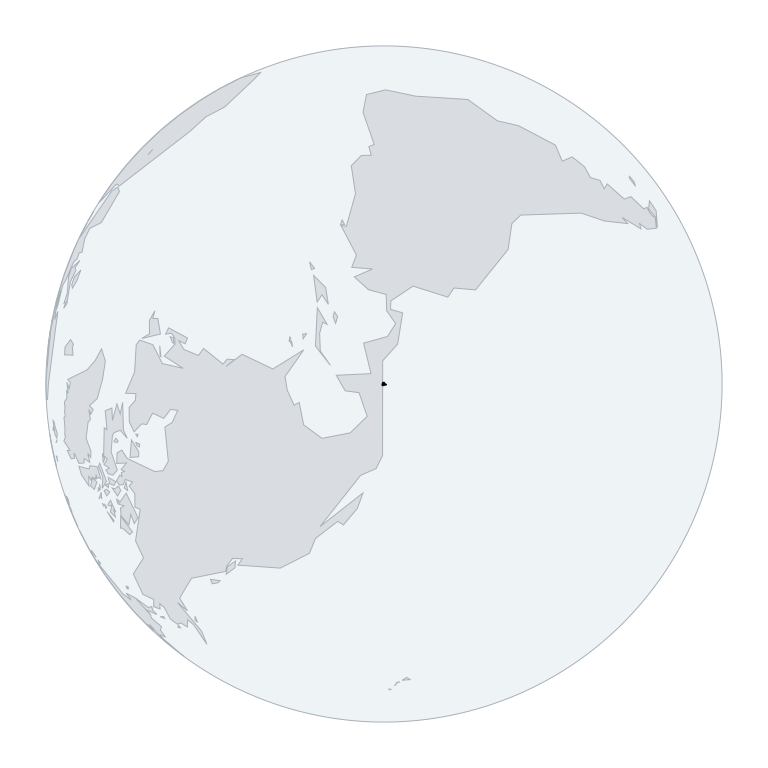 Suchitepéquez on an orthographic globe, rotated 251°
{"feature_id": "GTM-1952", "entity_name": "Suchitepéquez", "entity_type": "Department", "adm_level": 1, "iso_a3": "GTM", "parent_name": "Guatemala", "parent_adm1": "", "projection": "orthographic", "projection_center": [-91.398, 14.394], "detail": "fine", "context": "on_globe", "style": "filled", "palette": "ink", "viewbox_px": 768, "rotation_deg": 251, "n_neighbors": 0, "source": "natural_earth", "source_scale": "10m", "svg_char_len": 8998}
<svg xmlns="http://www.w3.org/2000/svg" viewBox="0 0 768 768"><g transform="rotate(251 384 384)"><circle cx="384" cy="384" r="338" fill="#eef3f6" stroke="#a8b0b8"/><path d="M460.4,417.6L452.5,414.4L445.2,424.8L417.3,409.9L406.4,390.3L316.7,359.3L306.6,348.9L305.3,332.2L270.0,277.1L287.8,328.6L275.1,318.4L264.0,299.8L269.2,295.5L260.3,268.9L248.2,258.4L243.7,226.0L260.3,186.9L264.9,193.2L268.4,184.0L262.9,176.0L258.4,173.1L263.0,138.7L248.1,121.1L233.5,124.3L244.5,117.6L210.0,131.0L195.5,131.8L218.0,125.8L225.1,121.6L218.3,118.9L224.1,114.2L224.1,110.5L231.6,105.4L244.2,103.5L249.3,100.5L244.2,99.0L248.5,93.7L255.2,96.2L263.4,87.6L286.0,85.1L297.8,100.0L316.5,98.0L345.0,112.7L348.5,108.4L361.6,112.7L370.5,109.8L373.2,114.4L378.0,108.3L373.8,104.7L374.5,101.1L379.4,99.4L383.8,104.5L381.9,106.2L385.8,106.8L385.8,110.3L388.6,107.6L393.2,114.7L395.9,105.4L405.7,109.2L406.9,114.6L397.2,117.0L375.8,138.8L374.0,146.8L381.1,154.9L414.6,162.8L416.6,171.2L426.2,180.5L429.5,173.9L423.2,164.6L431.8,155.7L423.0,146.4L425.2,141.9L420.1,132.1L431.2,130.9L444.7,135.3L449.6,143.7L455.7,146.3L459.4,136.7L476.5,152.1L501.8,162.5L505.0,167.4L496.5,178.2L475.4,181.1L464.2,199.2L481.9,185.3L489.8,199.4L495.5,201.2L501.2,199.7L502.3,193.7L507.2,198.6L491.5,213.2L486.8,209.0L491.8,204.0L481.9,206.0L471.4,217.8L476.3,225.0L455.3,238.2L458.5,243.8L455.7,250.5L452.0,240.3L458.3,259.5L434.4,283.8L442.4,319.2L423.2,292.8L409.4,290.5L393.2,292.1L394.2,297.8L371.5,294.7L352.8,307.7L348.8,336.2L358.9,357.6L383.9,357.6L390.2,345.1L407.8,341.7L398.0,375.1L429.3,378.0L427.8,402.7L437.3,414.7L452.3,410.4L468.0,415.2L478.1,400.1L494.9,390.8L496.5,410.5L504.8,391.5L514.9,399.9L547.6,395.0L545.4,399.8L573.2,419.0L601.0,424.1L607.5,437.0L604.4,446.4L613.5,447.0L613.6,452.7L647.8,452.7L663.4,461.7L661.6,481.3L645.9,507.5L625.7,555.9L596.0,576.8L584.3,595.4L554.1,623.8L536.6,625.1L537.5,635.8L524.4,644.2L511.9,646.4L506.2,654.5L496.8,655.8L500.6,660.1L480.6,671.4L480.8,678.4L465.0,686.6L465.5,690.3L461.2,690.6L455.6,692.5L453.5,694.7L442.6,692.2L444.7,683.2L452.5,677.9L447.0,677.5L463.9,663.4L456.3,666.7L466.4,645.4L481.4,626.1L499.2,568.3L494.0,557.1L470.8,545.1L443.2,501.2L452.0,481.4L445.4,472.6L467.1,443.3L460.4,417.6ZM96.0,312.4L98.0,304.6L99.2,310.1L96.0,312.4ZM97.6,299.5L97.2,302.2L97.2,299.9L97.6,299.5ZM96.6,297.6L97.3,299.0L96.2,298.1L96.6,297.6ZM94.8,296.0L95.9,296.5L95.6,296.7L94.8,296.0ZM442.1,331.5L477.8,345.8L459.0,349.6L462.3,346.1L453.0,339.7L436.0,334.5L419.1,339.4L442.1,331.5ZM93.1,291.1L92.8,289.7L94.0,289.4L93.1,291.1ZM455.0,310.6L448.9,309.7L454.6,309.1L455.0,310.6ZM255.5,172.9L262.2,176.5L265.0,186.0L258.8,183.3L255.5,172.9ZM251.0,156.6L255.8,156.3L251.4,165.0L250.1,162.4L251.0,156.6ZM221.7,128.4L226.0,129.7L219.8,130.2L221.7,128.4ZM222.8,111.0L219.7,112.3L221.1,110.0L222.8,111.0ZM414.4,133.6L417.2,132.9L416.7,135.1L414.4,133.6ZM409.5,130.3L406.9,133.4L404.1,132.3L405.8,130.4L409.5,130.3ZM233.7,100.3L236.8,96.6L235.9,99.9L233.7,100.3ZM413.3,127.0L399.7,130.1L395.0,128.3L397.3,120.0L413.3,127.0ZM240.0,94.2L247.3,86.3L241.1,88.3L262.7,79.2L249.4,88.4L249.2,91.9L245.2,91.7L240.0,94.2ZM370.4,104.5L375.1,108.1L366.6,106.9L370.4,104.5ZM364.8,104.7L337.8,107.9L333.3,102.4L343.3,102.1L333.8,97.0L344.9,92.5L352.5,94.4L353.3,98.6L356.9,93.9L364.8,104.7ZM273.5,76.0L277.1,74.2L275.7,75.8L273.5,76.0ZM374.1,99.6L369.1,100.5L364.8,95.6L374.2,93.1L372.5,95.4L374.1,99.6ZM325.9,98.1L324.4,94.5L332.9,89.8L333.5,87.9L344.7,92.0L325.9,98.1ZM376.0,95.7L379.0,92.1L385.5,92.9L378.8,98.6L376.0,95.7ZM359.8,95.6L358.2,93.3L362.1,93.6L359.8,95.6ZM410.1,95.2L404.1,95.6L401.4,93.0L410.1,95.2ZM379.7,90.7L377.4,90.5L375.7,89.7L379.0,87.7L379.7,90.7ZM350.0,88.7L353.8,87.8L345.8,86.7L351.9,83.7L358.3,87.2L358.1,84.5L359.9,83.6L363.1,87.6L350.0,88.7ZM377.0,83.5L387.2,87.8L398.9,87.2L401.6,89.4L382.4,90.0L377.0,83.5ZM368.5,85.4L374.4,84.6L374.9,87.3L371.1,89.6L368.5,85.4ZM353.7,80.6L342.7,84.3L341.7,83.4L353.7,80.6ZM380.3,82.6L377.7,81.7L381.1,82.3L380.3,82.6ZM361.8,80.4L358.0,81.7L356.9,80.7L361.8,80.4ZM375.8,78.9L379.1,80.2L376.7,81.6L375.8,78.9ZM369.3,79.1L368.7,77.5L373.8,81.4L367.8,79.8L369.3,79.1ZM361.4,79.3L359.5,79.1L363.1,78.9L361.4,79.3ZM383.1,73.3L390.1,77.8L384.7,80.7L378.7,75.8L383.1,73.3ZM459.3,697.7L442.8,693.4L452.8,695.3L463.4,691.2L470.7,694.6L459.3,697.7ZM489.0,686.2L499.1,683.0L500.4,683.8L493.7,686.3L489.0,686.2ZM613.0,135.5L612.3,134.9L619.5,141.7L619.9,142.1L626.8,149.0L621.7,144.4L630.1,155.6L655.0,189.4L656.9,196.6L652.0,196.4L628.6,169.2L627.0,156.5L618.7,148.3L606.8,141.3L607.3,138.5L602.2,134.6L600.4,130.2L585.8,116.9L582.1,112.5L564.7,101.3L560.5,97.9L572.0,105.2L578.0,108.6L567.5,100.2L591.0,116.9L613.0,135.5ZM555.7,92.9L551.6,90.6L551.2,90.3L555.7,92.9ZM543.3,86.0L541.2,84.9L539.3,83.9L543.3,86.0ZM532.8,80.6L536.4,82.6L524.4,77.1L510.9,71.1L508.2,70.4L530.1,80.3L537.7,84.0L542.2,85.8L563.9,98.4L570.1,102.9L552.1,93.4L558.8,99.3L541.8,90.7L493.1,66.6L478.8,60.8L479.5,59.9L493.0,64.1L494.3,64.6L495.6,65.0L532.8,80.6ZM383.7,46.1L364.5,47.0L348.4,48.1L350.6,47.7L383.7,46.1ZM344.7,48.4L324.6,51.4L308.6,54.6L311.3,54.1L300.3,56.9L305.2,55.9L305.6,55.9L279.7,65.5L270.9,68.6L262.7,74.3L264.1,74.3L270.1,72.2L262.7,79.2L241.1,88.3L239.1,87.6L227.0,94.6L224.1,92.5L216.2,94.8L220.2,90.0L213.5,93.1L209.5,95.6L197.5,102.6L191.0,106.6L210.7,93.9L213.1,92.5L232.9,84.1L226.4,85.9L233.2,82.5L234.1,81.6L229.0,83.8L225.1,85.8L227.9,84.3L250.1,73.7L273.0,64.8L296.5,57.6L320.4,52.1L344.7,48.4ZM720.1,348.7L718.7,368.7L714.1,359.8L697.8,323.5L694.6,302.6L686.1,282.9L657.4,198.1L660.2,196.4L647.8,172.8L662.2,192.1L675.1,212.4L686.6,233.6L696.6,255.5L704.9,278.1L711.6,301.3L716.7,324.8L720.1,348.7ZM677.6,235.4L680.9,241.4L680.9,241.5L677.6,235.4ZM548.6,394.6L552.7,397.8L547.6,398.7L548.6,394.6ZM457.1,358.0L464.3,357.8L468.3,360.6L462.9,362.1L457.1,358.0ZM515.8,352.6L523.7,353.4L515.9,356.0L515.8,352.6ZM483.3,347.5L509.5,352.8L494.2,360.3L477.5,357.3L488.6,354.4L483.3,347.5ZM453.1,322.3L457.7,323.4L456.8,327.1L453.1,322.3ZM459.1,310.3L457.4,310.7L454.8,307.9L459.1,310.3ZM490.7,198.5L492.1,197.5L498.3,197.2L496.2,200.0L490.7,198.5ZM520.6,182.9L527.8,191.2L521.2,186.7L519.7,191.5L504.0,188.9L505.9,169.8L507.8,178.6L520.6,182.9ZM483.5,181.5L493.2,184.4L482.5,182.0L483.5,181.5ZM576.1,120.6L579.4,121.0L586.0,126.1L590.5,134.5L581.1,126.7L576.1,120.6ZM582.6,120.6L563.4,110.4L559.8,105.7L565.1,109.9L564.6,107.8L573.0,114.1L588.3,120.8L595.1,126.0L599.9,136.8L594.6,129.9L591.6,129.6L582.6,120.6ZM520.9,101.5L512.5,99.4L515.5,91.5L522.9,94.5L528.0,102.2L522.2,103.3L520.9,101.5ZM420.1,112.7L416.7,114.1L415.5,112.5L417.4,109.9L420.1,112.7ZM407.5,95.6L433.7,105.2L431.1,107.2L449.5,111.7L449.9,118.9L438.0,115.4L452.1,125.0L441.5,124.8L451.8,130.9L425.2,122.6L416.2,123.6L426.1,119.6L425.9,112.8L423.2,110.2L408.7,103.9L389.4,103.8L386.1,97.9L389.0,93.9L393.2,93.0L393.9,96.9L398.9,93.0L403.2,98.0L407.5,95.6ZM424.3,62.9L423.5,65.5L434.3,62.8L438.6,66.1L439.6,65.6L446.6,68.1L456.7,70.6L457.3,72.3L461.0,72.7L465.7,74.7L471.0,75.9L473.9,79.6L480.6,81.6L478.1,82.3L488.9,84.8L482.2,84.7L487.6,88.0L491.3,86.4L494.0,107.9L500.3,118.7L509.2,128.3L496.5,128.0L480.0,119.4L463.6,108.1L459.4,98.5L454.4,100.7L450.9,96.9L456.3,96.7L445.9,94.8L444.4,91.9L429.8,84.7L415.7,85.0L410.0,82.8L414.8,81.3L405.7,80.3L411.0,76.2L407.0,74.8L408.2,69.8L419.8,68.5L414.5,67.1L415.1,63.9L424.3,62.9ZM383.8,71.8L396.7,68.4L405.4,68.8L399.7,77.4L402.5,79.3L399.2,85.9L386.6,85.4L388.7,83.5L387.9,81.5L392.2,82.4L388.1,80.3L390.9,77.8L388.5,75.6L393.3,74.9L383.8,71.8ZM635.7,158.9L633.9,156.7L641.1,164.7L642.1,166.1L635.7,158.9ZM626.7,149.2L633.2,156.0L630.4,153.2L626.7,149.2ZM569.7,103.3L567.0,101.1L569.1,102.3L573.4,105.2L569.7,103.3ZM457.1,59.2L455.3,59.8L453.0,59.2L443.4,58.9L439.4,57.0L443.6,56.5L457.1,59.2ZM451.2,57.1L447.7,57.1L447.8,56.2L451.2,57.1ZM436.0,55.7L435.1,54.6L437.8,56.8L436.0,55.7ZM446.1,51.8L431.3,49.6L412.1,47.4L429.9,49.2L435.9,50.1L446.1,51.8ZM370.7,46.7L369.4,47.2L364.9,47.3L364.6,47.2L370.7,46.7ZM373.5,46.8L381.4,47.2L377.4,47.8L372.0,47.3L373.5,46.8ZM416.9,50.2L422.5,50.7L422.2,51.2L416.9,50.2ZM274.5,74.4L276.9,74.2L273.1,75.5L274.5,74.4ZM308.6,55.3L308.5,55.7L304.0,56.7L308.6,55.3ZM306.0,57.5L311.1,56.0L307.1,57.6L306.0,57.5ZM322.2,53.1L313.8,55.5L319.7,53.3L322.2,53.1Z" fill="#d9dde1" stroke="#a8b0b8" stroke-width="1"/><path d="M383.1,386.0L382.6,385.7L382.5,385.3L382.6,385.1L382.7,384.9L382.7,384.7L382.8,384.5L382.8,384.4L382.8,384.2L382.9,383.8L382.8,383.7L382.8,383.2L383.0,382.7L383.0,382.4L383.4,382.1L383.6,382.0L383.7,382.3L383.6,382.6L383.9,382.7L384.0,382.7L384.1,382.4L384.2,382.5L384.3,382.6L384.5,382.5L384.8,382.8L384.8,383.0L385.0,383.0L385.2,382.9L385.3,383.0L385.6,383.2L385.7,383.3L385.7,383.5L385.6,383.8L385.5,384.1L385.4,384.2L385.4,384.5L384.6,384.7L384.4,384.6L384.2,384.5L384.2,384.4L384.2,384.2L383.9,384.2L383.9,384.3L383.9,384.5L383.7,384.5L383.7,384.9L383.7,385.1L383.6,385.3L383.2,385.8L383.2,386.0L383.3,386.0L383.1,386.0Z" fill="#0f172a" stroke="#020617" stroke-width="1.5"/></g></svg>